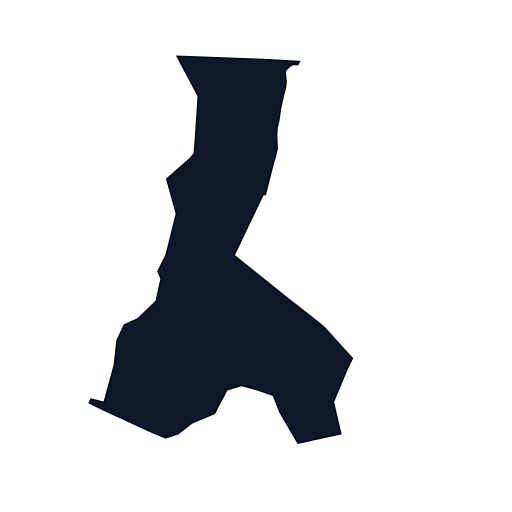 the district of Isaías Coelho, Piauí, Brazil, rotated 15°
{"feature_id": "56859067B49584523794073", "entity_name": "Isaías Coelho", "entity_type": "district", "adm_level": 2, "iso_a3": "BRA", "parent_name": "Brazil", "parent_adm1": "Piauí", "projection": "robinson", "projection_center": [-41.638, -7.616], "detail": "fine", "context": "isolated", "style": "filled", "palette": "ink", "viewbox_px": 512, "rotation_deg": 15, "n_neighbors": 0, "source": "geoboundaries", "source_scale": "gbopen_adm2", "svg_char_len": 1143}
<svg xmlns="http://www.w3.org/2000/svg" viewBox="0 0 512 512"><g transform="rotate(15 256 256)"><path d="M133.6,436.9L133.0,441.1L147.8,444.0L202.0,453.3L215.8,455.0L220.0,452.3L226.6,448.0L235.5,436.2L237.9,433.3L256.7,418.8L259.5,405.8L260.4,402.4L262.5,392.9L265.3,391.1L275.4,384.8L281.6,384.8L291.9,384.9L295.0,385.1L308.8,386.1L314.9,394.4L317.5,398.0L319.7,400.8L327.4,408.5L345.0,425.9L355.9,420.3L358.6,418.8L362.5,416.8L383.9,405.8L374.4,388.0L368.5,377.0L373.1,342.9L375.5,329.9L362.3,321.5L342.7,308.8L340.7,307.5L334.7,304.6L319.2,298.0L296.4,288.3L234.6,261.1L246.9,195.0L249.1,194.2L248.7,161.5L249.0,154.1L248.8,150.5L248.7,147.0L244.7,134.3L243.1,126.9L243.0,119.8L241.5,107.3L240.9,94.5L240.8,85.4L240.1,80.2L236.4,70.3L237.1,67.9L239.6,64.0L242.1,61.5L246.9,60.2L247.5,57.0L216.8,63.3L128.1,83.5L158.9,116.6L162.1,132.8L165.7,151.1L169.9,173.0L166.9,179.2L149.9,204.7L168.2,235.8L168.3,243.4L168.7,262.3L168.9,278.1L165.3,296.1L170.3,302.6L170.5,309.4L171.3,325.4L158.1,347.3L153.6,351.0L146.6,356.7L143.6,373.7L146.5,392.0L147.4,397.7L147.2,436.8L133.6,436.9Z" fill="#0f172a" stroke="#020617" stroke-width="1.5"/></g></svg>